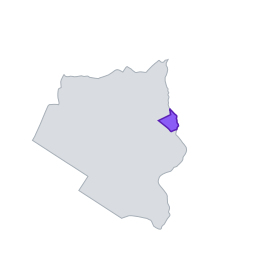 Kgatleng highlighted on a map of Botswana, rotated 303°
{"feature_id": "BWA-2646", "entity_name": "Kgatleng", "entity_type": "District", "adm_level": 1, "iso_a3": "BWA", "parent_name": "Botswana", "parent_adm1": "", "projection": "mercator", "projection_center": [26.553, -24.114], "detail": "fine", "context": "in_parent", "style": "filled", "palette": "violet", "viewbox_px": 256, "rotation_deg": 303, "n_neighbors": 0, "source": "natural_earth", "source_scale": "10m", "svg_char_len": 3449}
<svg xmlns="http://www.w3.org/2000/svg" viewBox="0 0 256 256"><g transform="rotate(303 128 128)"><path d="M137.9,45.3L137.6,46.1L137.3,47.4L137.6,48.4L138.3,49.7L139.3,50.8L140.0,51.4L140.9,53.1L141.8,55.2L143.0,56.8L146.4,60.5L146.8,61.8L147.3,63.1L149.4,65.6L149.7,66.5L149.6,68.2L151.8,73.3L153.3,76.3L154.5,76.9L158.4,80.1L161.9,82.7L165.9,84.5L168.9,85.6L170.3,86.4L171.1,87.3L171.7,88.8L172.0,91.5L172.1,93.2L175.2,93.2L177.9,93.3L178.8,93.7L179.1,94.2L179.0,95.3L179.1,97.1L179.2,98.4L178.9,99.9L178.7,101.7L178.6,103.8L179.0,104.7L181.6,107.4L182.6,109.2L183.8,111.8L184.4,112.7L185.0,113.0L187.3,113.3L193.2,114.5L196.8,115.5L199.7,116.5L200.9,116.8L201.5,117.1L201.7,117.4L201.3,119.7L201.5,120.5L201.8,121.1L202.3,121.7L202.9,122.0L205.1,122.3L206.4,123.7L207.2,124.3L203.3,124.7L201.3,125.9L200.2,128.0L198.4,129.6L195.9,130.6L193.4,131.3L190.6,131.6L187.7,133.5L184.7,136.8L183.1,138.8L183.0,139.7L182.4,140.4L181.0,141.1L180.3,141.8L180.1,142.7L179.4,143.1L178.2,143.1L177.3,143.7L176.8,145.0L175.7,145.8L174.1,146.1L172.6,146.9L171.4,148.1L170.4,148.7L169.8,148.7L168.8,149.7L167.1,152.0L166.8,153.1L164.5,161.9L163.3,163.0L160.9,164.8L158.9,167.0L158.1,168.3L157.1,168.9L152.6,169.9L151.0,170.5L149.0,171.3L148.4,172.1L147.9,174.8L146.6,178.8L145.4,181.7L144.7,184.2L143.4,187.4L142.3,188.4L141.0,189.4L139.4,189.9L137.2,190.2L135.1,190.1L133.5,190.1L131.3,191.2L129.3,191.3L126.1,190.7L123.4,190.0L122.3,189.9L119.9,187.9L118.4,187.9L116.2,187.7L114.9,187.3L113.7,186.2L111.1,184.1L108.6,182.5L106.4,181.5L104.3,181.0L102.3,181.4L100.8,181.9L100.2,182.1L99.0,182.9L97.7,184.6L96.7,187.2L96.3,188.7L95.2,192.1L93.7,196.1L93.0,197.2L92.2,198.1L90.9,198.9L86.6,202.1L84.4,205.7L83.1,206.7L81.5,207.2L80.1,207.5L79.3,208.1L78.5,210.0L77.8,210.6L76.9,210.8L74.5,210.6L73.7,210.4L67.2,210.8L65.2,210.2L63.8,210.0L61.6,210.7L60.7,210.2L60.0,208.7L59.6,205.7L59.7,203.1L60.9,201.1L61.9,199.7L62.9,197.8L63.0,197.0L62.8,196.3L62.6,194.7L62.5,193.2L61.1,189.7L59.4,185.2L57.1,180.2L56.4,178.8L55.0,176.6L49.6,172.4L48.8,171.9L48.8,171.4L48.8,167.4L48.8,162.1L48.8,156.8L48.8,151.5L48.8,146.2L48.8,141.0L48.8,135.7L48.8,130.5L48.8,125.2L48.8,120.8L52.6,120.8L57.4,120.8L63.0,120.8L65.5,120.8L65.7,120.1L65.7,116.9L65.7,109.5L65.7,102.1L65.6,94.7L65.6,87.4L65.6,80.0L65.6,72.7L65.6,65.4L65.6,58.2L65.6,54.6L69.9,54.4L75.0,53.6L83.1,52.4L90.7,51.0L95.6,50.1L101.5,49.1L103.5,48.9L104.0,49.1L104.8,49.4L107.5,53.0L109.2,55.8L109.6,57.0L109.9,57.1L110.7,56.9L111.6,56.5L114.4,53.7L115.0,53.0L116.7,51.7L118.9,50.3L120.8,49.3L122.7,48.5L123.6,48.7L124.7,49.4L125.6,49.9L130.0,46.5L132.0,45.8L137.2,45.2L137.9,45.3Z" fill="#d9dde1" stroke="#a8b0b8" stroke-width="1"/><path d="M166.7,152.8L166.8,153.0L166.3,153.8L166.4,154.2L166.3,154.7L165.1,159.6L165.1,160.5L164.8,162.1L164.6,162.4L164.3,162.6L164.0,162.8L162.5,163.3L162.1,163.5L162.0,163.8L161.0,164.9L159.9,165.6L159.4,166.0L159.0,166.5L158.5,167.9L158.4,168.1L157.3,169.2L156.9,169.1L156.6,169.1L156.3,169.0L155.9,169.0L155.1,169.1L153.2,169.7L152.3,168.8L151.0,167.8L149.6,166.9L149.3,166.7L149.0,166.5L148.8,166.5L148.7,166.3L148.5,166.0L148.5,165.5L148.8,164.4L149.0,163.9L149.2,163.5L149.7,160.7L150.8,149.5L162.5,156.5L162.7,156.4L162.8,156.3L163.5,155.3L164.0,154.9L164.4,154.9L164.5,154.9L164.7,154.5L164.8,154.4L165.2,153.8L165.3,153.6L165.5,153.2L165.5,153.3L165.6,153.5L166.1,153.1L166.3,152.9L166.6,152.8L166.7,152.8Z" fill="#8b5cf6" stroke="#5b21b6" stroke-width="1.5"/></g></svg>